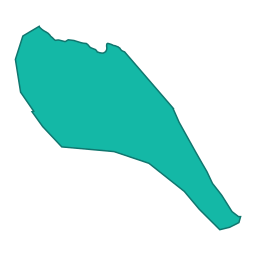 outline of Riche Fond/La Belle Vie, Dennery, Saint Lucia
{"feature_id": "8701671B59677117664850", "entity_name": "Riche Fond/La Belle Vie", "entity_type": "district", "adm_level": 2, "iso_a3": "LCA", "parent_name": "Saint Lucia", "parent_adm1": "Dennery", "projection": "equal_earth", "projection_center": [-60.929, 13.937], "detail": "fine", "context": "isolated", "style": "filled", "palette": "teal", "viewbox_px": 256, "rotation_deg": 0, "n_neighbors": 0, "source": "geoboundaries", "source_scale": "gbopen_adm2", "svg_char_len": 1364}
<svg xmlns="http://www.w3.org/2000/svg" viewBox="0 0 256 256"><path d="M173.4,108.5L127.6,55.4L124.6,51.9L124.1,51.7L123.5,51.4L123.3,51.4L122.7,51.1L122.3,50.9L121.5,50.4L121.0,49.8L120.6,49.4L119.7,48.0L119.1,47.7L118.8,47.5L118.0,46.8L116.9,46.5L116.3,46.2L114.7,45.6L114.0,45.6L113.1,45.3L112.2,44.8L111.0,44.3L108.7,43.6L108.3,43.5L107.7,43.4L107.1,43.7L106.8,44.1L106.7,44.6L106.6,45.9L106.7,46.9L106.8,47.3L106.8,48.7L106.6,49.8L106.1,50.7L105.7,51.6L105.1,52.0L104.8,52.2L103.5,53.0L103.0,53.1L102.6,53.1L102.1,53.1L101.3,53.0L99.5,52.7L98.4,52.2L97.4,52.1L96.6,50.8L95.5,49.6L94.7,49.3L93.7,48.9L91.2,47.9L90.0,47.2L88.6,45.6L87.8,44.6L86.3,43.5L85.3,43.4L83.3,43.2L81.1,42.7L75.5,41.0L74.0,40.5L68.2,39.8L65.6,41.4L65.2,41.5L64.7,41.5L58.7,40.0L58.3,40.0L56.8,40.1L56.2,40.3L55.3,40.3L54.4,39.7L52.4,37.7L50.7,36.3L49.7,34.9L48.0,33.2L46.8,32.5L46.5,32.2L46.2,32.1L44.8,31.3L43.6,30.6L41.8,29.3L40.8,28.4L39.6,27.3L39.2,26.3L30.1,31.7L22.9,36.0L22.6,36.8L15.4,59.4L20.6,92.2L33.7,111.2L32.0,111.7L42.7,126.6L59.6,144.6L61.8,146.9L106.8,150.9L114.1,151.6L148.9,163.3L184.3,191.4L199.4,209.4L219.8,229.7L229.6,227.3L238.9,222.6L240.6,216.6L238.5,216.6L236.4,215.0L232.0,211.6L221.8,195.4L219.2,192.0L212.5,183.5L206.9,171.6L201.9,163.0L195.8,152.3L179.1,122.3L174.0,110.7L173.1,108.7L173.4,108.5Z" fill="#14b8a6" stroke="#0f766e" stroke-width="1.5"/></svg>